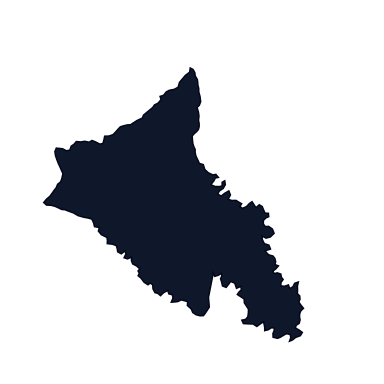 Palma Sola, Santa Catarina, Brazil, rotated 285°
{"feature_id": "56859067B30119387857874", "entity_name": "Palma Sola", "entity_type": "district", "adm_level": 2, "iso_a3": "BRA", "parent_name": "Brazil", "parent_adm1": "Santa Catarina", "projection": "orthographic", "projection_center": [-53.322, -26.383], "detail": "fine", "context": "isolated", "style": "filled", "palette": "ink", "viewbox_px": 384, "rotation_deg": 285, "n_neighbors": 0, "source": "geoboundaries", "source_scale": "gbopen_adm2", "svg_char_len": 3644}
<svg xmlns="http://www.w3.org/2000/svg" viewBox="0 0 384 384"><g transform="rotate(285 192 192)"><path d="M141.7,54.8L142.7,59.5L142.7,63.5L142.1,67.2L141.4,70.7L142.0,73.8L141.6,77.2L141.1,83.0L139.7,88.0L139.6,93.9L140.0,98.8L139.9,102.3L136.8,104.9L133.3,106.8L133.7,111.7L130.0,111.7L127.3,115.5L126.1,121.6L123.5,122.8L120.2,123.5L121.0,128.7L120.6,132.8L117.6,134.6L115.0,135.7L114.0,139.7L117.8,142.6L115.1,144.2L110.9,143.4L110.7,147.0L113.4,150.4L109.9,151.3L107.2,153.3L106.2,157.7L104.2,161.5L101.8,160.3L99.8,162.2L97.2,161.6L95.7,164.9L92.4,169.1L91.0,173.5L93.3,175.3L92.1,178.1L88.3,179.4L85.2,182.3L85.2,185.4L83.7,188.4L87.5,190.7L90.6,194.1L87.6,196.0L87.6,199.7L84.7,201.1L80.2,200.5L81.2,203.4L82.5,206.7L85.0,209.5L85.0,216.2L81.2,216.9L78.8,221.6L75.8,223.9L74.5,227.6L74.5,231.7L75.5,235.0L78.3,236.2L81.9,237.4L85.3,238.5L94.4,235.2L119.4,233.5L116.4,235.8L118.4,239.0L121.1,241.5L118.4,242.5L115.6,242.0L113.0,243.7L109.1,245.8L108.7,249.7L112.0,251.1L115.6,252.5L115.0,256.9L110.5,259.9L113.4,263.6L110.4,265.0L107.6,263.3L104.7,262.3L103.6,265.7L102.2,270.0L98.4,271.3L96.2,273.8L93.4,276.9L89.4,277.8L85.9,278.2L82.8,276.7L81.1,273.3L78.2,275.7L79.2,280.5L80.3,285.2L78.9,289.4L82.6,292.4L85.1,294.7L82.5,296.1L79.9,297.3L76.9,298.1L78.6,301.2L81.4,303.8L81.9,306.8L79.0,307.2L76.3,306.8L72.7,307.9L72.8,312.5L74.5,314.8L77.6,317.8L79.6,319.9L79.8,323.7L76.9,325.1L73.1,324.8L74.9,327.2L78.3,329.7L81.3,333.9L84.9,334.9L86.4,331.2L87.4,327.1L90.2,327.1L92.8,329.5L96.4,329.5L99.2,328.2L102.3,327.5L105.4,327.9L108.5,329.8L111.0,326.4L113.4,323.6L116.4,324.1L119.5,322.9L121.2,320.0L124.4,319.4L128.3,318.2L132.6,318.0L130.4,314.8L126.5,314.0L124.0,311.3L127.2,309.2L124.9,305.8L124.3,302.0L127.7,301.4L131.1,302.7L132.9,300.3L135.7,299.1L136.0,295.3L134.4,292.5L136.5,290.6L139.5,292.9L143.0,294.6L143.4,290.8L146.2,290.9L149.2,289.3L151.1,286.9L151.2,282.2L153.9,277.8L155.6,280.1L157.2,282.6L160.6,280.0L160.8,275.3L164.2,272.3L167.6,271.0L166.6,275.4L168.8,279.3L173.3,282.0L177.0,279.3L178.6,275.0L177.6,271.6L179.6,269.2L183.0,268.3L186.1,270.1L188.0,272.5L191.2,271.3L190.5,268.0L192.8,266.1L196.1,263.6L197.1,260.3L193.4,257.8L195.5,255.5L198.2,252.5L195.7,250.4L192.0,248.4L189.3,245.1L190.3,242.0L193.5,243.0L194.3,239.9L195.3,236.7L194.1,232.6L194.3,228.8L199.1,229.9L202.6,227.3L199.2,223.9L195.5,221.1L196.8,217.4L200.0,218.1L203.5,221.2L207.7,222.3L211.3,220.7L209.2,218.6L205.7,219.5L204.3,217.0L203.3,212.8L203.9,208.3L208.6,210.3L211.6,210.9L212.9,213.7L215.2,210.5L213.9,207.7L214.8,202.8L217.1,198.5L221.4,195.8L221.5,191.7L224.1,189.6L227.7,186.5L231.2,184.7L234.0,184.0L236.3,182.0L239.2,180.2L242.4,179.0L246.1,177.7L249.0,179.1L251.6,180.9L254.2,182.0L257.0,182.0L259.9,181.2L263.1,179.7L267.1,179.1L270.9,177.5L275.0,175.0L277.6,176.6L281.5,177.0L286.4,175.0L290.5,172.6L293.8,171.7L296.8,170.0L299.6,169.1L302.1,168.0L304.9,165.1L308.1,163.8L310.7,161.2L311.3,158.2L307.1,158.7L302.9,155.4L294.6,151.5L289.7,151.5L286.6,148.3L284.4,143.8L282.1,141.3L278.0,139.5L276.1,136.4L273.2,138.2L268.9,136.1L266.4,133.2L263.5,132.2L253.8,125.3L250.6,124.9L247.1,120.7L243.9,117.7L241.1,115.3L240.1,112.2L238.2,108.7L236.4,105.9L233.1,104.1L230.6,102.9L227.0,100.9L224.5,97.2L223.3,93.2L220.3,93.4L215.8,93.4L214.4,90.6L215.4,86.0L215.9,82.1L213.5,79.8L213.2,75.1L211.6,71.7L210.8,67.2L207.6,65.7L205.1,63.5L200.8,63.1L199.3,60.0L200.3,55.9L199.3,49.6L195.6,49.1L191.7,50.8L188.0,53.3L185.1,55.4L182.0,58.0L178.9,60.5L176.3,62.6L170.9,62.8L167.7,62.4L164.7,60.2L160.8,59.7L158.2,58.5L154.6,57.2L151.2,55.9L147.4,53.3L143.5,51.5L141.7,54.8Z" fill="#0f172a" stroke="#020617" stroke-width="1.5"/></g></svg>